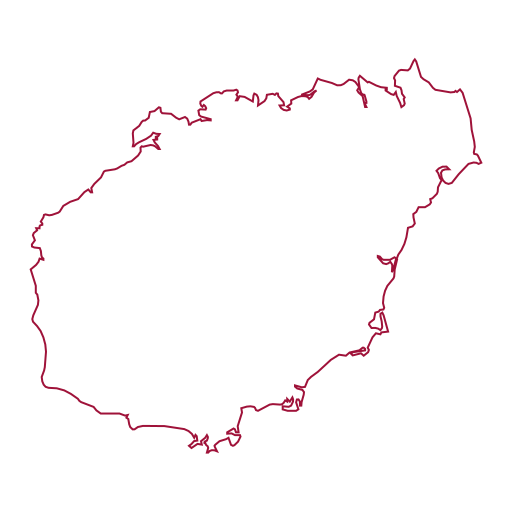 outline of Hainan
{"feature_id": "CHN-1775", "entity_name": "Hainan", "entity_type": "Province", "adm_level": 1, "iso_a3": "CHN", "parent_name": "China", "parent_adm1": "", "projection": "mercator", "projection_center": [109.857, 19.166], "detail": "fine", "context": "isolated", "style": "outline", "palette": "rose", "viewbox_px": 512, "rotation_deg": 0, "n_neighbors": 0, "source": "natural_earth", "source_scale": "10m", "svg_char_len": 5957}
<svg xmlns="http://www.w3.org/2000/svg" viewBox="0 0 512 512"><path d="M476.8,154.4L477.9,155.6L481.3,162.7L478.6,163.9L476.5,162.8L473.6,162.5L468.5,163.9L458.7,174.2L451.8,182.9L448.5,183.9L445.5,182.9L443.1,180.5L441.6,177.4L441.0,172.8L442.4,170.4L445.2,169.4L449.2,169.3L446.5,166.6L442.5,166.7L438.8,168.5L436.5,170.8L438.2,173.1L440.0,178.2L441.6,180.1L438.0,187.3L437.7,191.7L436.9,193.8L432.4,198.3L430.2,199.1L431.0,202.5L429.7,204.4L425.0,207.2L418.6,207.2L416.3,211.9L413.3,214.1L413.5,217.4L414.8,223.5L412.6,226.4L408.0,227.8L406.4,237.3L404.4,243.9L401.5,250.0L398.3,254.6L396.7,258.8L394.5,257.3L390.0,259.8L383.6,259.8L382.1,259.2L379.9,256.6L377.8,256.0L377.8,257.3L383.1,263.3L386.2,264.1L388.3,263.3L390.3,261.8L391.9,264.1L392.3,265.7L391.9,272.2L393.3,269.2L395.8,259.8L397.0,259.8L394.7,269.5L394.2,276.5L393.5,278.4L387.4,285.8L385.1,290.7L383.6,296.4L383.0,303.1L384.2,307.8L383.4,309.5L380.0,309.9L378.7,311.6L375.3,312.6L374.0,319.3L369.5,322.8L369.0,324.5L371.5,328.0L375.2,327.9L378.1,328.6L380.4,330.1L381.9,328.2L382.2,326.6L381.7,321.4L380.5,316.4L380.5,313.8L382.3,312.6L383.6,315.3L388.1,331.6L381.4,332.4L380.4,334.3L375.9,333.3L372.5,337.3L367.7,347.7L368.9,349.9L368.1,352.2L363.7,355.7L361.0,353.3L352.7,355.4L351.0,353.7L352.9,352.2L365.1,350.4L365.1,348.9L363.7,347.7L362.6,347.7L359.4,350.3L349.6,352.5L345.9,355.7L339.0,354.7L330.9,359.8L317.8,371.9L311.1,376.8L307.8,380.0L305.0,386.9L301.8,387.3L295.0,385.4L295.0,386.6L297.2,388.5L302.4,389.9L304.0,392.1L303.7,394.7L301.6,402.1L301.3,405.6L300.0,405.6L299.9,401.5L298.5,399.4L296.9,399.5L296.1,402.3L298.4,409.3L296.1,410.8L287.7,410.8L282.7,409.4L282.7,406.3L288.7,406.8L291.1,405.6L293.0,401.6L293.1,399.3L292.4,397.4L289.8,401.6L287.2,398.9L287.2,401.6L285.2,400.4L283.7,402.8L282.1,404.2L280.1,404.6L272.8,404.1L269.7,404.6L258.0,410.8L256.0,410.1L255.0,407.8L254.0,406.9L250.5,406.3L246.9,406.6L241.3,408.2L242.0,412.5L237.7,426.2L238.6,432.3L236.0,432.3L234.9,429.3L233.6,428.5L227.2,432.3L227.2,433.7L231.6,433.4L234.9,435.1L240.0,435.1L240.5,436.6L238.0,441.7L234.4,445.2L232.9,445.8L231.0,444.8L228.5,437.8L226.0,439.2L219.5,441.2L215.2,444.8L214.5,445.8L214.8,446.8L217.0,451.3L214.4,450.3L211.8,450.2L209.6,451.0L208.2,452.6L206.9,452.6L208.2,447.9L207.7,446.3L206.0,444.8L205.4,443.1L204.5,443.1L204.4,442.5L204.7,441.6L206.9,440.6L207.8,438.2L207.9,437.0L206.9,435.1L205.2,437.8L201.0,441.2L201.8,444.6L197.5,443.9L191.5,448.0L189.0,445.8L191.4,444.1L194.1,441.1L197.3,440.6L196.7,436.2L195.5,434.9L194.2,437.8L191.9,433.9L188.5,431.0L184.3,429.1L164.5,426.1L143.0,425.9L137.9,427.0L134.6,429.3L132.7,429.4L130.2,427.0L129.2,424.2L128.3,419.0L126.4,417.7L127.7,415.0L125.1,415.6L119.4,413.5L100.7,413.5L96.4,410.4L93.6,406.9L81.1,402.1L79.3,400.8L77.9,398.8L70.9,393.9L64.3,390.4L56.8,388.3L48.5,387.8L45.6,386.8L43.7,384.7L42.3,381.4L41.7,377.0L44.1,370.5L44.8,367.2L46.0,351.7L45.3,344.5L43.4,337.4L40.6,331.0L37.1,326.1L33.0,321.7L32.3,319.1L33.3,315.3L37.9,304.9L38.4,300.4L37.3,294.6L35.8,292.8L35.8,285.8L30.7,269.4L36.1,264.9L38.5,261.8L39.6,258.6L43.4,259.8L43.4,258.6L42.0,257.4L41.3,255.3L40.9,251.1L39.8,248.1L34.3,247.5L32.0,246.5L31.9,244.4L34.9,240.3L32.9,235.2L33.8,233.0L37.1,230.3L36.2,228.2L39.5,228.3L39.6,226.2L40.3,225.3L42.3,224.8L42.3,223.5L40.8,221.6L43.4,217.3L44.0,214.9L45.5,214.4L49.2,215.3L51.9,214.9L58.2,212.7L59.7,211.6L63.3,205.9L70.2,201.8L78.1,199.1L84.4,192.1L88.3,189.5L90.7,192.3L92.1,192.3L91.3,188.0L94.3,183.9L101.0,177.4L103.9,171.6L105.3,170.8L114.9,169.3L117.1,168.5L121.6,165.8L124.4,164.8L127.2,162.4L131.5,161.2L138.1,155.5L140.7,151.5L140.5,147.6L141.7,146.3L143.1,146.7L150.6,145.0L153.2,145.4L155.1,146.3L158.3,149.0L159.6,149.0L157.9,145.9L154.8,142.5L153.5,139.9L157.2,139.5L157.2,138.2L155.8,138.2L155.8,136.8L158.3,136.0L159.6,134.0L156.2,133.8L153.2,132.7L151.0,135.7L146.2,138.9L139.2,142.2L136.1,144.1L134.1,146.3L132.8,146.3L133.5,142.8L132.8,133.4L133.4,130.4L139.2,125.9L141.7,121.9L143.2,120.6L145.1,120.5L148.7,117.8L149.9,112.0L154.5,111.1L158.9,107.3L160.4,107.8L160.9,111.7L162.2,113.2L171.1,113.8L176.1,117.7L179.2,119.3L185.0,117.0L187.2,118.6L188.5,121.7L189.0,124.7L190.3,124.7L191.7,122.7L200.5,119.2L201.6,121.0L207.0,120.1L210.7,120.4L210.7,119.2L200.9,116.5L199.2,115.1L198.4,110.6L200.2,109.3L205.6,109.6L206.2,108.2L205.2,106.2L203.8,105.0L202.4,106.8L201.2,105.7L200.3,103.6L200.5,101.5L213.3,93.2L216.3,92.3L219.0,92.2L220.9,93.4L222.0,93.4L223.8,91.4L226.8,90.5L233.6,90.5L236.3,89.7L237.5,90.5L238.0,92.3L236.4,94.7L237.5,96.1L237.5,97.4L236.1,100.3L237.5,100.3L239.7,96.2L244.6,96.9L252.8,101.5L253.5,95.4L254.3,93.6L256.6,94.8L257.9,97.1L258.5,100.1L258.0,105.5L264.5,101.1L266.3,98.3L266.9,94.8L272.7,93.8L274.9,94.9L276.4,93.4L277.9,93.6L278.3,96.1L283.5,102.1L284.1,105.3L279.6,105.5L281.1,108.1L283.7,109.9L286.7,110.5L289.8,109.6L289.8,108.4L287.1,106.6L291.3,103.6L291.1,100.3L298.0,97.0L301.3,96.1L305.3,96.2L307.7,97.0L309.1,98.8L311.5,96.9L314.1,92.5L316.5,90.5L314.5,91.3L310.1,94.8L308.1,95.2L301.3,94.8L310.0,91.4L312.8,89.3L317.8,78.5L320.5,79.8L331.9,83.0L337.2,85.3L340.8,85.2L343.6,84.0L349.1,79.7L352.8,80.3L355.4,82.0L358.8,86.6L358.8,87.8L357.2,90.3L358.5,92.5L362.6,96.1L365.1,107.0L366.4,107.0L365.1,104.2L365.1,102.9L366.4,102.9L366.4,101.5L364.8,95.8L364.4,94.8L362.6,94.4L361.3,93.2L359.9,89.3L358.4,79.2L358.7,77.6L359.9,75.8L367.7,82.4L368.9,81.8L376.2,85.5L381.0,87.2L386.8,87.8L386.8,89.3L385.6,89.3L385.6,90.5L391.1,94.1L393.7,94.9L395.8,92.0L396.7,95.9L400.1,102.9L401.4,107.1L404.0,105.2L404.7,103.6L403.7,99.0L404.7,97.4L402.0,93.8L401.5,90.3L400.5,87.7L394.9,85.8L395.1,80.4L394.0,78.1L394.6,76.0L399.0,70.6L401.1,69.9L407.8,70.4L410.0,68.6L413.5,61.1L414.8,59.4L416.2,61.4L421.0,76.9L423.5,79.2L428.8,82.4L432.9,87.8L435.4,89.8L450.6,92.4L454.4,92.0L455.5,90.9L457.0,92.0L460.0,89.4L462.6,92.8L470.6,118.4L471.7,129.9L474.2,141.5L474.8,146.9L473.8,152.4L474.2,153.9L476.8,154.4Z" fill="none" stroke="#9f1239" stroke-width="2"/></svg>